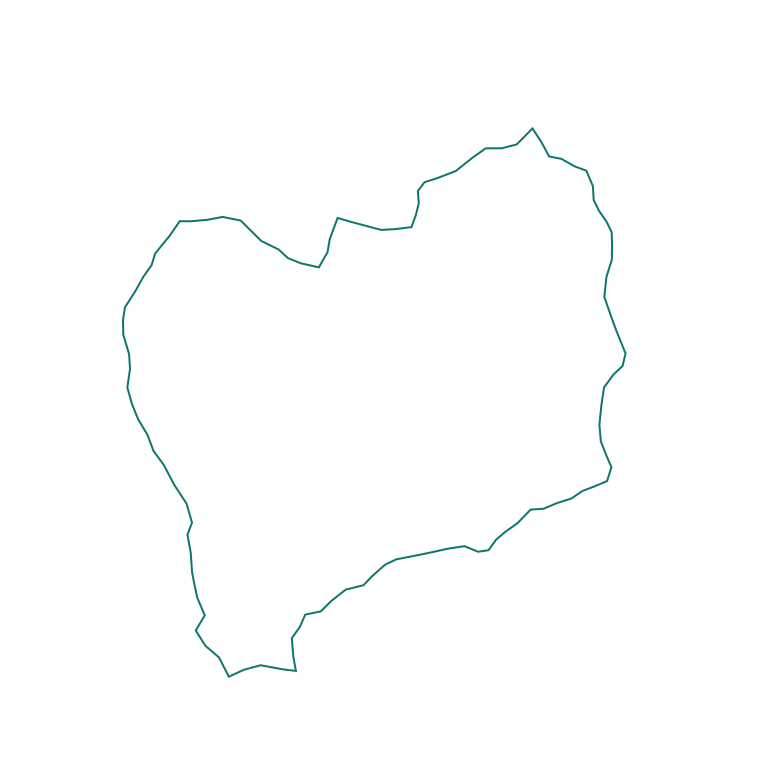 Nipoã, São Paulo, Brazil, rotated 337°
{"feature_id": "56859067B34709054830061", "entity_name": "Nipoã", "entity_type": "district", "adm_level": 2, "iso_a3": "BRA", "parent_name": "Brazil", "parent_adm1": "São Paulo", "projection": "mercator", "projection_center": [-49.777, -20.892], "detail": "fine", "context": "isolated", "style": "outline", "palette": "teal", "viewbox_px": 768, "rotation_deg": 337, "n_neighbors": 0, "source": "geoboundaries", "source_scale": "gbopen_adm2", "svg_char_len": 1546}
<svg xmlns="http://www.w3.org/2000/svg" viewBox="0 0 768 768"><g transform="rotate(337 384 384)"><path d="M560.8,549.5L560.8,535.0L561.2,521.5L566.3,505.8L576.1,488.0L585.2,473.2L599.0,464.9L610.7,460.6L618.3,450.2L618.7,425.9L619.4,410.7L620.9,389.8L630.7,372.2L642.3,358.6L648.5,344.6L652.9,333.2L652.3,321.6L649.6,308.7L648.9,296.6L653.6,283.5L653.6,266.7L644.5,258.1L635.2,246.0L624.9,239.1L623.4,222.7L620.5,206.8L599.8,215.3L584.5,213.0L569.6,206.8L553.7,210.3L533.2,216.0L513.9,215.3L500.1,214.1L490.6,219.6L486.6,231.3L479.3,241.0L470.6,250.3L455.3,246.0L441.5,241.0L417.1,222.0L406.2,213.0L390.7,229.4L383.6,240.5L369.6,251.2L354.5,240.3L344.7,230.5L339.6,219.1L326.9,204.4L316.0,177.6L300.7,167.1L286.1,164.0L269.9,158.8L259.6,154.3L244.3,164.0L233.7,169.5L224.3,174.5L216.6,183.7L204.6,191.1L190.8,201.8L175.5,212.2L168.6,223.4L163.3,236.7L161.0,256.9L156.2,270.7L146.4,286.9L144.2,303.7L143.9,320.4L146.4,338.4L145.7,355.6L149.7,372.7L151.5,394.8L155.5,417.1L153.1,436.6L144.2,445.9L140.2,463.7L133.7,482.5L131.1,494.8L128.6,507.7L128.6,526.9L114.4,537.4L117.3,555.2L125.3,571.2L126.8,592.8L143.5,592.3L160.6,594.7L179.3,607.1L190.8,613.7L194.1,599.2L199.9,581.9L211.9,574.5L221.4,565.5L237.0,568.6L250.8,563.1L268.3,558.3L286.5,561.2L298.1,556.2L314.5,550.7L326.9,550.2L346.9,554.5L362.5,557.6L378.2,560.5L394.7,564.7L405.1,575.2L415.3,577.8L426.2,571.2L438.0,567.4L452.4,564.3L469.9,556.9L482.2,561.2L496.8,561.2L511.7,562.6L524.8,560.0L539.7,560.5L551.4,560.5L560.8,549.5Z" fill="none" stroke="#0f766e" stroke-width="2"/></g></svg>